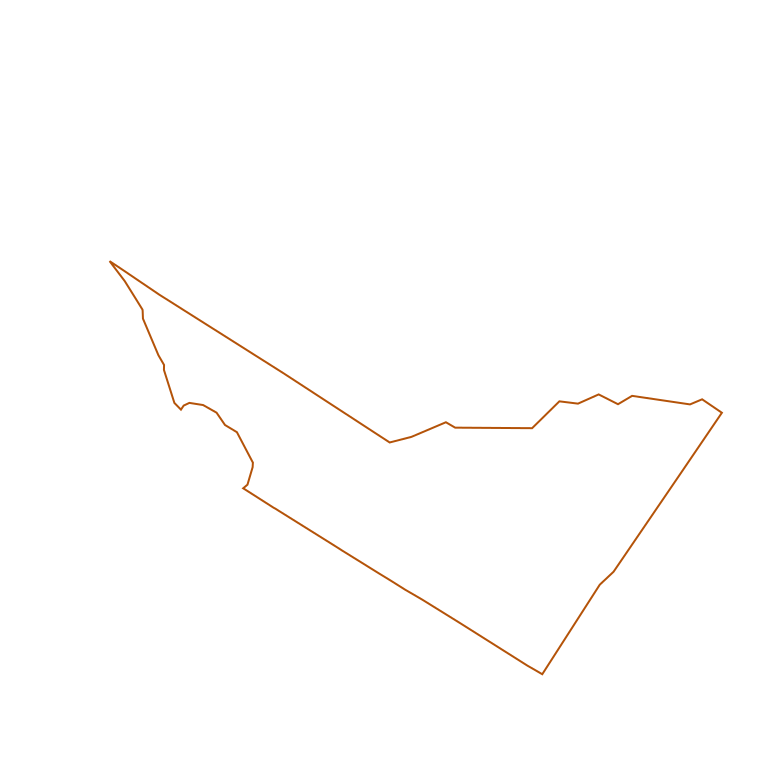 Lucas, Ohio, United States of America, rotated 214°
{"feature_id": "52423323B77631375313133", "entity_name": "Lucas", "entity_type": "district", "adm_level": 2, "iso_a3": "USA", "parent_name": "United States of America", "parent_adm1": "Ohio", "projection": "natural_earth1", "projection_center": [-83.542, 41.574], "detail": "fine", "context": "isolated", "style": "outline", "palette": "amber", "viewbox_px": 768, "rotation_deg": 214, "n_neighbors": 0, "source": "geoboundaries", "source_scale": "gbopen_adm2", "svg_char_len": 880}
<svg xmlns="http://www.w3.org/2000/svg" viewBox="0 0 768 768"><g transform="rotate(214 384 384)"><path d="M88.1,473.3L87.8,549.1L111.7,549.2L118.9,538.2L171.7,512.9L178.7,498.1L200.2,495.4L212.2,476.2L228.9,467.7L236.5,430.2L300.6,387.6L311.3,386.9L331.7,355.5L346.6,338.7L473.7,336.7L620.3,332.4L666.5,332.5L680.2,332.4L656.4,324.3L638.9,316.5L625.8,310.6L625.0,309.7L620.4,303.4L587.1,281.7L577.0,276.8L574.3,272.6L547.2,251.1L538.0,249.2L538.0,254.1L534.8,259.5L522.2,265.4L506.8,266.6L492.9,261.1L479.0,261.8L451.7,247.1L449.3,245.8L448.8,245.6L446.4,241.6L440.9,224.2L442.4,218.8L406.2,219.7L404.5,219.9L401.5,220.0L400.7,220.0L334.0,222.3L333.8,222.3L326.9,222.5L325.8,222.5L291.6,223.8L289.1,223.9L281.0,224.2L267.4,224.8L251.4,225.3L232.0,226.6L187.3,228.3L107.7,230.7L90.5,231.9L92.9,338.3L88.7,356.7L88.1,473.3Z" fill="none" stroke="#b45309" stroke-width="2"/></g></svg>